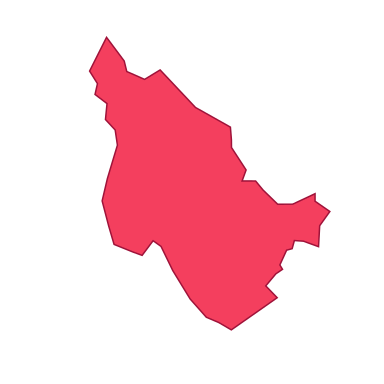 the Highly Urbanized City of Quezon City, rotated 290°
{"feature_id": "PHL-5549", "entity_name": "Quezon City", "entity_type": "Highly Urbanized City", "adm_level": 1, "iso_a3": "PHL", "parent_name": "Philippines", "parent_adm1": "", "projection": "orthographic", "projection_center": [121.079, 14.672], "detail": "fine", "context": "isolated", "style": "filled", "palette": "rose", "viewbox_px": 384, "rotation_deg": 290, "n_neighbors": 0, "source": "natural_earth", "source_scale": "10m", "svg_char_len": 757}
<svg xmlns="http://www.w3.org/2000/svg" viewBox="0 0 384 384"><g transform="rotate(290 192 192)"><path d="M270.6,54.4L308.1,58.8L291.9,83.5L282.9,89.5L281.6,108.9L295.8,120.3L272.6,166.4L266.1,205.9L254.5,211.2L247.3,213.9L231.2,235.3L219.5,235.3L224.1,248.0L218.2,258.0L209.8,276.7L215.0,290.8L232.5,308.2L225.4,310.8L220.8,328.2L204.0,323.5L183.9,329.6L183.9,313.5L181.4,304.8L173.0,305.5L169.7,300.8L153.5,299.5L150.3,303.5L143.8,298.8L129.0,293.4L121.8,308.2L75.9,276.1L78.5,261.7L79.2,248.3L90.8,226.9L111.5,200.9L130.3,181.5L132.9,172.1L115.4,166.8L115.4,157.4L116.1,136.7L131.6,125.3L152.9,110.6L175.6,107.9L210.5,105.9L224.0,98.6L230.5,85.9L246.0,81.9L250.5,67.5L261.5,66.1L270.6,54.4Z" fill="#f43f5e" stroke="#9f1239" stroke-width="1.5"/></g></svg>